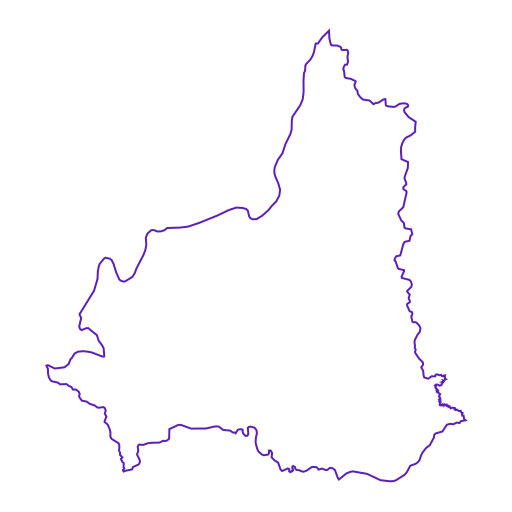 Chiang Khan, Loei, Thailand (orthographic projection)
{"feature_id": "78962969B15954858222696", "entity_name": "Chiang Khan", "entity_type": "district", "adm_level": 2, "iso_a3": "THA", "parent_name": "Thailand", "parent_adm1": "Loei", "projection": "orthographic", "projection_center": [101.786, 17.871], "detail": "fine", "context": "isolated", "style": "outline", "palette": "violet", "viewbox_px": 512, "rotation_deg": 0, "n_neighbors": 0, "source": "geoboundaries", "source_scale": "gbopen_adm2", "svg_char_len": 6031}
<svg xmlns="http://www.w3.org/2000/svg" viewBox="0 0 512 512"><path d="M465.6,420.3L464.0,418.7L463.6,415.7L462.4,415.7L461.8,414.1L462.6,413.1L461.2,412.2L460.7,410.8L459.1,411.1L456.7,409.6L455.4,410.0L454.6,409.4L455.1,408.3L454.8,408.0L452.2,407.7L450.6,408.4L449.8,406.6L449.4,406.7L449.0,406.1L448.4,406.7L448.2,405.8L447.3,406.0L446.8,404.8L446.2,405.5L444.8,404.4L444.0,405.5L443.7,404.6L442.7,404.3L441.9,405.5L440.7,404.7L440.2,405.3L439.8,405.1L439.8,403.5L440.4,403.1L440.5,402.5L439.6,401.9L440.2,401.3L439.4,401.2L439.7,400.4L439.1,399.8L440.4,398.9L439.6,398.0L439.9,397.4L439.0,396.4L440.1,394.1L439.3,393.8L438.6,392.6L437.5,392.4L438.2,390.6L437.5,389.8L436.6,390.6L436.5,388.7L435.4,387.8L435.9,386.9L434.9,385.6L435.9,384.7L436.5,385.0L437.2,384.5L438.5,384.9L439.3,385.7L441.5,385.1L441.5,384.2L443.2,382.2L442.3,382.0L443.4,381.6L442.9,380.4L444.2,380.8L445.0,379.4L445.8,379.2L444.9,378.5L445.1,377.1L444.4,376.7L444.9,375.4L443.3,375.7L442.9,376.3L442.0,376.1L441.0,374.8L439.9,375.3L436.8,374.3L435.5,375.0L435.2,376.3L431.6,376.3L428.1,378.7L424.2,377.4L423.6,375.6L423.2,370.8L421.3,367.4L423.1,364.6L422.8,362.3L419.1,358.6L415.2,352.8L415.0,351.9L415.7,349.7L414.7,347.7L415.0,345.9L414.5,342.1L414.7,340.2L417.6,334.6L419.9,331.7L420.4,328.0L419.2,325.5L416.5,322.7L415.5,322.2L413.2,322.2L412.4,321.7L411.3,316.5L412.3,314.2L412.3,313.0L411.6,311.9L409.7,311.3L407.0,305.3L407.3,303.8L409.7,302.3L410.0,301.5L408.7,298.2L409.7,294.4L407.5,292.2L407.1,291.0L411.2,287.0L411.8,285.1L411.7,283.9L410.8,281.4L409.4,279.9L401.8,277.9L401.6,276.7L404.1,271.1L404.1,270.2L398.6,268.9L397.8,267.9L395.7,261.7L394.5,260.3L395.0,258.3L396.2,256.3L400.3,255.4L403.1,244.9L404.2,242.4L405.2,241.7L409.5,240.8L410.5,236.1L412.3,234.3L411.1,229.3L405.9,228.5L404.5,227.6L403.8,222.9L401.3,220.5L398.3,214.1L398.7,211.6L403.3,207.2L406.6,192.4L406.4,191.1L403.6,189.3L403.1,188.1L403.6,186.9L406.2,184.4L406.2,182.8L404.5,178.5L404.8,176.4L407.8,168.1L407.9,166.4L408.0,162.0L401.5,159.2L400.9,150.6L401.2,146.7L402.5,142.7L404.5,139.2L406.4,137.4L410.6,135.4L415.2,131.7L415.1,127.7L415.7,121.8L408.5,117.0L404.4,111.9L404.0,110.2L404.4,108.8L405.4,107.7L407.8,106.7L408.2,105.8L407.8,104.6L406.6,103.7L403.6,103.3L399.7,103.8L395.3,106.6L393.9,106.9L388.5,106.4L386.5,105.9L385.8,105.1L385.4,99.2L385.1,99.0L383.4,99.5L378.5,102.6L375.1,103.2L373.5,104.2L369.5,100.5L363.2,99.6L360.8,97.8L357.8,93.9L357.4,90.8L355.3,88.4L354.5,85.8L354.5,84.5L355.6,82.3L355.5,81.1L350.7,78.8L345.9,78.0L344.7,77.0L344.1,71.3L343.3,69.0L343.8,66.8L345.1,64.7L347.0,64.7L348.1,61.5L347.4,57.1L348.2,53.1L347.8,51.0L347.0,49.8L342.3,50.1L341.3,49.1L341.2,47.8L340.4,46.9L337.6,45.6L331.9,45.4L330.9,44.8L329.4,38.4L329.0,30.7L322.3,37.3L317.9,43.5L315.7,43.6L313.8,52.6L312.3,56.4L310.2,59.8L306.3,63.8L305.4,65.5L305.1,70.6L304.0,73.1L303.5,80.4L303.6,92.2L302.7,99.3L300.2,105.3L292.4,116.8L291.8,120.9L291.6,129.7L290.5,133.8L285.4,144.2L282.5,153.2L277.8,159.9L274.8,167.1L274.3,170.5L274.5,173.6L275.4,176.7L278.3,183.4L280.1,189.7L279.3,195.7L276.1,201.6L271.8,205.9L268.4,210.2L262.2,215.7L256.6,219.1L252.6,219.3L250.2,218.1L249.1,216.1L247.9,210.8L246.2,209.0L242.3,207.9L236.3,207.6L228.7,210.1L217.7,215.4L199.4,222.8L188.1,226.6L179.8,227.6L167.2,228.0L164.3,230.3L161.0,231.3L157.5,231.5L153.9,230.1L151.4,230.1L147.7,233.4L146.7,235.4L145.8,237.8L146.3,244.5L145.4,249.9L143.4,255.1L136.4,268.6L134.7,273.2L132.4,276.9L125.4,281.2L124.2,281.6L122.4,281.3L120.5,280.5L119.2,279.3L116.2,272.4L113.5,263.8L111.6,260.0L109.7,258.7L105.5,257.7L104.0,258.6L99.7,263.9L98.8,266.3L97.9,271.0L97.5,279.0L94.0,290.8L79.6,314.1L79.7,315.0L81.2,318.0L79.2,326.5L80.0,328.9L81.7,330.1L86.2,328.2L88.2,328.1L96.9,335.2L98.6,340.6L102.1,345.3L103.6,348.2L104.3,356.1L104.0,356.6L102.3,356.5L91.9,352.5L87.6,351.6L82.9,351.2L77.9,351.7L74.4,353.7L71.7,358.2L70.6,359.1L68.5,364.2L64.5,367.3L54.8,368.5L48.0,365.2L46.4,365.7L47.9,368.9L48.1,374.1L48.9,377.3L50.2,379.7L51.6,381.2L57.9,382.6L60.0,384.3L66.5,384.1L68.8,385.9L71.3,386.9L73.0,389.6L75.8,389.5L78.7,391.6L79.7,394.2L79.1,395.8L79.3,397.1L81.8,400.6L86.6,401.6L89.9,403.9L94.8,405.5L97.3,407.5L99.1,407.7L103.2,407.1L104.8,408.0L105.7,410.6L104.8,413.8L106.4,416.5L104.6,421.2L104.6,422.0L107.6,424.5L109.6,429.0L110.4,432.1L110.4,436.7L111.0,437.9L111.9,439.1L118.5,443.2L119.1,444.2L119.4,446.8L119.0,450.4L120.1,452.9L120.0,454.9L122.4,457.3L120.9,459.0L122.4,461.9L123.7,463.2L123.6,467.4L124.3,468.5L122.9,470.1L123.6,471.5L126.2,470.6L132.1,469.4L133.0,467.0L138.4,464.6L139.2,463.8L139.9,462.1L139.7,460.0L137.0,454.4L138.3,450.9L137.7,446.6L138.4,445.1L139.2,444.6L143.3,444.9L147.5,443.3L151.0,442.8L159.4,442.6L163.1,440.8L165.5,441.0L167.0,440.5L169.1,438.8L169.4,429.1L177.9,425.1L180.6,424.8L191.2,428.6L205.9,428.5L214.7,426.5L217.4,426.4L219.1,426.8L223.1,429.9L230.1,430.6L232.9,432.5L234.6,432.5L235.6,433.3L237.7,430.0L238.8,429.4L241.7,429.2L242.7,429.9L242.6,431.8L243.3,433.7L245.5,435.9L247.4,435.7L248.3,433.9L247.8,427.9L248.6,427.1L250.5,426.6L254.5,427.7L256.5,430.1L256.9,433.4L255.9,437.5L255.6,442.7L257.1,448.5L258.4,451.4L261.6,454.3L263.8,455.3L268.3,454.5L269.1,452.9L268.9,450.6L270.7,450.6L272.1,453.0L271.6,457.3L274.7,460.5L278.2,462.7L280.5,469.4L282.1,471.0L287.8,468.5L289.3,469.2L289.2,471.4L290.5,472.2L291.9,470.8L292.3,471.2L292.9,470.6L293.0,469.4L292.2,467.8L292.6,466.3L293.2,466.0L295.0,467.1L295.3,468.7L296.4,469.9L299.5,470.3L301.4,471.3L303.7,471.7L306.4,470.7L312.0,466.9L316.1,467.1L317.3,467.9L318.6,469.6L322.0,468.6L326.0,470.1L327.5,469.8L329.4,468.2L330.7,467.8L332.5,468.2L334.9,470.0L337.7,477.6L338.9,479.5L346.3,473.5L350.4,471.8L353.1,471.4L367.2,473.9L380.5,480.2L390.1,481.3L393.3,481.1L395.9,480.3L404.7,474.7L407.0,471.9L410.3,465.7L415.5,463.9L417.9,462.2L419.6,459.9L421.2,455.1L422.7,452.3L425.9,448.2L430.0,444.9L434.0,437.3L434.3,434.8L435.5,433.5L442.4,431.5L446.8,424.8L450.1,423.8L453.4,424.3L456.5,422.6L459.6,423.0L461.0,421.1L465.6,420.3Z" fill="none" stroke="#5b21b6" stroke-width="2"/></svg>